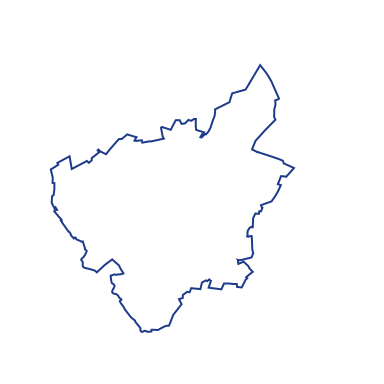 outline of Tu Son, Bắc Ninh, Vietnam, rotated 232°
{"feature_id": "81297802B85996690558528", "entity_name": "Tu Son", "entity_type": "district", "adm_level": 2, "iso_a3": "VNM", "parent_name": "Vietnam", "parent_adm1": "Bắc Ninh", "projection": "natural_earth1", "projection_center": [105.957, 21.118], "detail": "fine", "context": "isolated", "style": "outline", "palette": "blue", "viewbox_px": 384, "rotation_deg": 232, "n_neighbors": 0, "source": "geoboundaries", "source_scale": "gbopen_adm2", "svg_char_len": 4979}
<svg xmlns="http://www.w3.org/2000/svg" viewBox="0 0 384 384"><g transform="rotate(232 192 192)"><path d="M91.7,187.9L91.7,190.7L95.9,190.3L96.7,190.3L99.1,190.8L100.4,190.5L105.3,189.8L106.8,184.3L107.4,184.6L109.3,185.7L109.4,186.0L109.5,186.2L109.7,186.4L110.2,186.4L109.0,187.5L108.0,189.2L104.5,197.0L103.9,198.3L103.8,198.6L103.9,198.9L105.2,201.0L105.6,201.7L105.7,202.3L108.0,203.4L109.6,204.2L110.0,204.4L113.0,206.6L117.0,209.5L120.5,211.9L121.0,211.4L121.6,210.2L121.8,209.4L122.0,209.0L122.4,208.7L123.0,208.1L123.6,209.0L124.0,209.5L124.3,209.5L124.6,209.7L125.2,210.3L126.0,210.9L126.9,211.9L127.3,212.4L127.4,212.9L127.8,214.0L128.1,214.7L128.3,215.3L128.2,216.1L128.0,217.2L127.6,217.3L127.1,217.7L126.8,218.1L129.8,220.7L133.5,223.9L134.0,224.5L135.0,226.6L136.0,228.7L133.6,231.3L135.4,233.2L134.4,234.2L134.3,234.6L136.2,237.8L136.8,237.5L139.1,238.2L137.3,244.0L136.1,247.4L135.8,248.3L135.7,249.0L137.5,255.1L139.8,260.6L142.7,266.2L145.4,264.5L147.5,268.3L149.7,271.9L147.5,274.3L146.7,275.2L146.0,275.5L148.1,287.1L150.7,285.8L154.9,283.6L158.0,281.9L158.9,282.3L160.6,282.8L160.8,282.8L162.8,281.7L163.7,281.2L171.3,276.3L180.0,270.4L182.9,268.6L182.9,268.1L183.4,267.8L183.7,267.8L184.3,267.6L185.5,267.0L188.3,265.7L188.5,265.6L188.8,265.9L188.9,266.0L193.2,273.5L195.6,287.1L197.6,302.2L201.0,303.1L202.2,304.3L205.4,306.8L206.6,307.9L209.3,311.4L210.1,312.1L213.0,313.9L211.8,317.5L211.8,317.8L211.3,317.9L213.8,318.5L230.5,322.7L234.6,323.3L239.6,323.8L250.0,323.8L243.4,306.9L239.7,297.3L245.0,284.4L240.1,277.3L239.7,276.9L242.1,265.1L242.5,263.0L242.9,261.0L240.3,259.1L237.8,256.3L235.6,252.5L233.3,249.2L231.1,245.8L229.7,242.7L229.1,240.4L228.8,238.5L229.6,238.1L229.1,233.0L230.1,232.4L231.0,234.7L231.7,238.1L238.4,233.5L241.0,235.1L245.7,238.7L247.1,240.0L248.3,238.5L248.6,235.2L251.0,233.6L250.4,229.0L250.7,228.0L252.2,225.7L256.2,226.5L257.4,224.9L258.6,223.4L254.1,213.5L261.7,208.4L261.7,207.1L253.6,203.0L251.4,202.7L254.9,195.3L257.3,190.4L258.1,189.8L261.5,183.2L263.7,184.3L266.6,179.5L267.9,178.3L269.4,182.0L271.1,180.7L277.3,176.4L277.0,169.2L278.7,167.0L277.8,162.0L276.2,153.6L274.7,147.5L280.5,144.7L283.0,144.4L282.9,143.3L280.5,143.4L280.4,133.8L278.6,132.3L278.6,129.8L278.5,128.7L281.2,128.3L281.3,127.2L283.1,117.5L283.9,112.6L284.0,112.6L284.2,111.4L295.5,117.5L297.5,105.7L297.8,103.8L295.8,103.4L296.7,94.6L288.9,91.0L285.0,87.7L283.7,89.0L279.1,85.4L275.2,81.6L274.9,81.3L274.9,79.3L274.1,78.5L270.1,75.0L269.1,74.6L263.8,73.6L264.0,75.0L261.0,74.6L262.0,72.2L261.4,71.5L261.2,71.5L260.9,71.5L259.7,71.6L258.7,71.7L257.5,71.7L256.6,71.8L256.0,71.8L255.5,71.7L254.6,71.9L254.0,71.9L253.4,71.9L252.4,72.1L252.1,72.1L251.6,72.1L250.8,72.1L250.8,71.8L250.8,71.7L250.6,71.7L250.0,71.7L249.6,71.6L249.8,71.0L248.9,71.0L248.2,70.9L247.1,70.8L244.9,70.7L243.3,70.6L242.2,70.6L241.5,70.5L241.1,70.4L240.8,70.5L240.4,70.5L238.3,70.3L237.9,70.3L236.9,70.3L236.7,70.3L236.5,70.6L236.4,70.7L235.7,70.7L234.8,70.7L234.1,70.7L233.8,70.5L233.1,70.4L232.8,70.3L232.7,70.1L231.7,70.0L231.4,70.0L230.8,70.0L230.5,70.0L230.2,70.1L229.2,70.2L228.9,70.2L228.4,70.2L228.2,70.2L228.2,70.3L228.1,71.4L228.2,71.9L228.1,72.0L227.2,72.1L226.9,71.9L226.4,71.7L225.8,71.8L225.4,72.0L224.0,72.8L223.7,72.9L222.6,73.6L220.6,74.5L220.3,75.5L214.0,73.2L212.7,72.3L212.2,72.6L211.2,72.8L210.5,72.8L209.9,72.2L209.4,71.2L208.6,69.5L207.9,67.9L207.5,66.3L207.3,64.2L207.2,63.3L206.7,62.9L205.9,62.9L204.4,62.8L203.5,62.4L201.9,61.0L201.3,60.6L200.7,60.3L199.7,60.2L198.8,60.5L197.9,61.0L194.5,63.8L190.7,66.5L189.3,67.3L187.3,67.5L187.4,69.0L188.2,78.1L188.2,79.9L188.0,87.6L180.5,89.0L179.3,89.2L178.7,89.1L174.9,88.4L171.3,88.0L170.0,87.8L171.3,84.7L171.7,84.1L172.7,82.9L173.3,81.4L173.6,81.0L174.0,80.8L174.7,80.3L175.1,79.4L175.5,78.0L175.7,77.4L176.2,76.6L174.6,75.3L173.7,74.8L170.2,72.9L169.2,72.9L167.5,73.4L166.5,73.4L165.6,73.1L164.8,72.0L163.7,69.2L162.8,67.9L161.9,67.3L160.9,67.4L159.4,68.3L158.5,69.2L157.7,69.6L156.2,69.9L155.2,69.9L153.8,69.6L151.7,70.0L150.8,70.2L150.5,69.9L150.5,69.4L150.7,68.6L150.6,68.1L150.4,67.9L149.0,67.6L147.1,67.4L144.0,67.4L142.5,67.2L141.4,66.9L141.2,66.9L140.8,66.8L139.6,66.8L137.6,66.8L134.4,66.8L132.5,66.8L131.0,66.8L128.8,67.2L127.4,67.5L126.8,67.8L125.8,67.9L124.0,67.4L123.5,67.4L116.8,67.6L116.0,67.3L115.7,66.7L115.3,66.4L114.7,66.2L114.0,66.1L113.1,66.1L112.6,66.4L112.1,67.4L111.9,68.9L111.7,69.4L111.2,69.8L109.3,70.8L108.6,71.8L107.1,74.1L108.3,75.4L107.7,76.2L104.3,80.1L104.0,81.2L103.8,83.2L102.8,88.3L102.0,90.0L100.8,91.5L102.6,94.7L106.6,101.3L106.9,102.2L109.7,113.6L110.0,114.7L115.6,115.8L114.2,119.5L116.5,121.4L116.4,124.0L116.3,125.3L116.4,126.6L114.5,128.4L116.7,132.2L110.3,138.8L114.5,144.1L113.8,148.5L112.3,149.2L112.5,151.7L110.3,152.2L106.4,146.2L104.2,148.3L99.8,152.7L97.2,155.2L100.2,160.9L96.9,165.0L94.8,167.2L91.9,170.6L89.4,169.1L86.2,172.4L88.5,177.4L89.8,180.0L90.0,182.4L91.5,182.2L91.6,183.3L91.7,187.9Z" fill="none" stroke="#1e3a8a" stroke-width="2"/></g></svg>